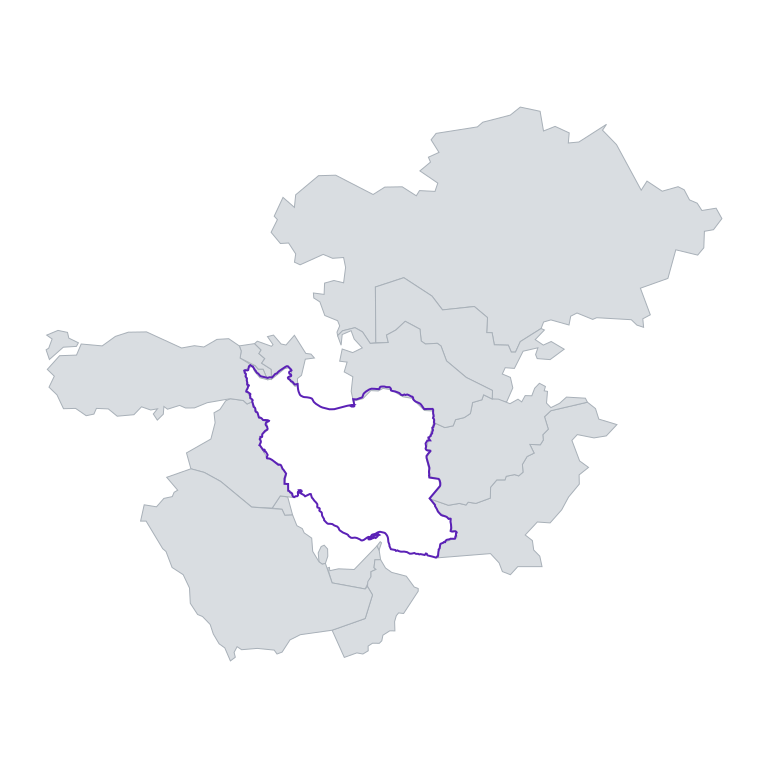 Iran highlighted, Mercator projection
{"feature_id": "IRN", "entity_name": "Iran", "entity_type": "country or territory", "adm_level": 0, "iso_a3": "IRN", "parent_name": "Asia", "parent_adm1": "", "projection": "mercator", "projection_center": [53.162, 32.435], "detail": "fine", "context": "with_neighbors", "style": "outline", "palette": "violet", "viewbox_px": 768, "rotation_deg": 0, "n_neighbors": 14, "source": "natural_earth", "source_scale": "50m", "svg_char_len": 13875}
<svg xmlns="http://www.w3.org/2000/svg" viewBox="0 0 768 768"><path d="M721.9,218.6L713.5,229.7L704.4,231.3L703.8,247.8L697.7,255.1L675.8,249.8L667.9,278.4L640.4,288.2L650.3,314.8L642.8,318.8L643.6,327.3L636.9,325.1L631.3,319.7L596.7,317.7L592.7,319.4L577.0,313.0L570.7,316.2L569.0,325.0L550.9,319.9L543.6,322.0L541.1,328.5L520.3,341.6L515.5,352.1L511.3,352.1L508.3,345.2L494.3,344.8L492.1,332.7L486.7,332.6L487.5,317.6L474.3,306.5L442.5,309.9L432.0,296.1L403.8,277.7L375.4,287.0L375.8,342.7L370.2,343.4L362.5,331.9L355.0,327.7L342.5,330.8L337.6,335.7L337.0,332.1L339.7,325.9L337.6,320.7L324.8,315.5L319.9,301.9L313.8,298.0L313.4,293.0L324.1,294.4L324.6,283.1L333.9,280.5L343.6,282.8L345.6,267.4L343.6,257.5L332.6,258.3L323.2,254.4L300.1,264.8L294.5,262.2L295.7,253.9L288.6,243.0L280.4,243.5L271.1,232.3L277.4,219.6L274.2,216.2L283.0,197.4L294.4,207.4L295.7,194.8L318.5,175.7L335.7,175.2L373.1,194.5L384.8,187.1L402.2,186.8L416.3,195.8L419.5,190.6L435.0,191.4L437.8,183.1L419.9,170.9L430.5,162.1L428.4,157.2L439.0,152.4L431.1,139.8L436.1,133.4L477.4,126.9L482.8,122.2L510.3,115.1L520.3,107.1L540.1,111.3L543.5,131.0L555.1,126.4L569.2,132.9L568.3,143.0L578.9,142.0L606.5,124.3L602.5,130.2L616.5,144.6L641.2,190.2L647.0,181.1L662.2,191.2L678.1,186.7L684.2,189.8L689.5,199.9L697.2,203.2L701.9,210.5L716.1,208.2L721.9,218.6Z" fill="#d9dde1" stroke="#a8b0b8" stroke-width="1"/><path d="M375.8,342.7L375.4,287.0L403.8,277.7L432.0,296.1L442.5,309.9L474.3,306.5L487.5,317.6L486.7,332.6L492.1,332.7L494.3,344.8L508.3,345.2L511.3,352.1L515.5,352.1L520.3,341.6L541.1,328.5L544.4,330.0L535.2,339.6L543.3,345.1L551.2,341.5L564.2,349.2L550.1,359.6L537.2,358.6L535.6,354.6L537.9,347.8L523.1,351.2L514.4,368.4L505.2,367.7L502.3,374.0L510.4,377.4L512.8,387.9L506.6,402.0L492.2,399.0L492.5,390.5L466.3,377.5L446.5,360.9L441.0,346.0L437.3,343.3L425.4,344.0L421.2,341.0L420.0,329.2L405.2,321.3L395.9,330.0L386.5,335.1L388.3,342.5L375.8,342.7Z" fill="#d9dde1" stroke="#a8b0b8" stroke-width="1"/><path d="M327.5,568.0L329.4,567.4L329.8,570.7L338.5,568.8L354.2,569.5L377.0,545.9L379.1,550.1L380.6,559.7L374.9,559.8L374.0,567.7L376.0,569.4L371.0,571.7L371.0,576.7L365.2,589.0L332.1,582.9L327.5,568.0Z" fill="#d9dde1" stroke="#a8b0b8" stroke-width="1"/><path d="M319.0,561.8L318.2,552.9L321.2,546.5L324.2,545.2L327.6,549.0L327.8,556.2L325.4,563.4L322.3,564.2L319.0,561.8Z" fill="#d9dde1" stroke="#a8b0b8" stroke-width="1"/><path d="M287.7,497.0L292.6,515.0L284.8,515.3L282.0,509.3L272.2,508.1L280.3,495.9L287.7,497.0Z" fill="#d9dde1" stroke="#a8b0b8" stroke-width="1"/><path d="M190.9,468.8L186.5,452.9L210.9,439.0L215.1,422.8L214.0,412.8L220.0,409.4L225.7,400.8L230.4,398.7L243.3,400.5L247.1,404.0L252.4,401.6L259.6,418.0L266.8,422.1L267.6,430.0L262.1,434.6L259.5,445.1L267.1,457.6L280.7,464.8L286.3,474.7L284.5,484.0L288.0,484.0L288.2,490.9L294.3,497.6L280.3,495.9L272.2,508.1L251.7,507.1L220.6,481.4L204.2,472.4L190.9,468.8Z" fill="#d9dde1" stroke="#a8b0b8" stroke-width="1"/><path d="M367.5,586.5L367.8,581.6L371.0,576.7L371.0,571.7L376.0,569.4L374.0,567.7L374.9,559.8L380.6,559.7L385.5,568.0L391.7,572.4L406.3,576.2L414.2,587.0L418.2,588.5L418.2,591.2L403.6,613.5L398.6,612.9L396.3,615.7L394.6,621.6L394.9,630.9L389.8,630.8L382.9,635.2L381.8,640.8L379.3,643.3L372.5,643.2L368.1,646.1L368.2,650.8L362.9,654.0L356.8,652.9L344.3,657.4L332.1,630.2L365.2,618.5L372.5,594.9L367.5,586.5ZM379.1,550.1L377.0,545.9L380.2,541.7L381.5,542.8L379.1,550.1Z" fill="#d9dde1" stroke="#a8b0b8" stroke-width="1"/><path d="M616.9,424.6L606.3,435.9L594.0,437.9L577.3,434.6L571.9,440.4L579.6,460.9L588.5,467.4L579.1,474.9L579.3,484.1L568.6,497.0L561.7,509.8L550.1,522.9L537.3,522.0L525.2,535.0L532.4,540.6L533.7,550.0L539.8,556.2L542.0,566.6L517.8,566.6L510.4,574.7L502.4,571.6L499.1,562.9L490.5,553.6L436.8,557.9L441.0,543.7L456.9,537.3L455.9,531.6L450.7,529.6L450.4,518.6L439.8,513.1L429.9,498.8L448.4,505.3L459.4,503.4L466.0,505.0L468.2,502.2L475.9,503.4L490.3,498.1L490.6,487.2L496.8,479.9L505.0,479.9L506.2,476.3L514.6,474.6L518.7,475.9L523.0,472.2L522.4,464.4L527.1,456.5L534.1,453.1L529.8,444.4L540.3,444.8L543.3,440.0L542.8,434.8L548.3,429.2L544.5,416.7L550.9,410.7L587.4,402.2L595.5,408.6L598.8,419.1L616.9,424.6Z" fill="#d9dde1" stroke="#a8b0b8" stroke-width="1"/><path d="M492.2,399.0L498.3,399.1L510.0,403.7L518.0,399.2L521.7,401.9L525.2,395.6L531.8,395.8L534.7,388.2L539.4,383.3L545.4,386.5L544.2,390.8L547.5,391.4L546.5,403.1L550.9,407.6L559.6,403.3L566.5,397.1L585.4,398.2L587.4,402.2L550.9,410.7L544.5,416.7L548.3,429.2L542.8,434.8L543.3,440.0L540.3,444.8L529.8,444.4L534.1,453.1L527.1,456.5L522.4,464.4L523.0,472.2L518.7,475.9L514.6,474.6L506.2,476.3L505.0,479.9L496.8,479.9L490.6,487.2L490.3,498.1L475.9,503.4L468.2,502.2L466.0,505.0L459.4,503.4L448.4,505.3L429.9,498.8L439.9,487.2L439.0,479.0L430.7,476.8L426.2,458.1L430.9,450.9L426.1,448.9L433.6,422.5L444.9,427.6L453.2,425.8L455.5,419.7L464.2,417.6L470.4,413.5L472.6,402.5L481.9,399.8L483.6,394.8L492.2,399.0Z" fill="#d9dde1" stroke="#a8b0b8" stroke-width="1"/><path d="M337.6,335.7L342.5,330.8L355.0,327.7L362.5,331.9L370.2,343.4L388.3,342.5L386.5,335.1L395.9,330.0L405.2,321.3L420.0,329.2L421.2,341.0L425.4,344.0L437.3,343.3L441.0,346.0L446.5,360.9L466.3,377.5L492.5,390.5L492.2,399.0L483.6,394.8L481.9,399.8L472.6,402.5L470.4,413.5L464.2,417.6L455.5,419.7L453.2,425.8L444.9,427.6L433.6,422.5L432.7,411.0L424.5,410.5L411.9,398.3L403.0,396.8L390.9,389.7L383.0,388.4L378.2,391.0L370.8,390.6L363.0,398.6L353.3,401.2L351.2,391.4L352.8,376.7L344.2,371.9L347.1,362.1L339.7,361.2L342.2,349.0L352.6,352.6L362.3,347.9L354.2,339.1L351.1,330.7L342.2,334.5L341.1,345.2L337.6,335.7Z" fill="#d9dde1" stroke="#a8b0b8" stroke-width="1"/><path d="M271.5,379.3L267.5,379.7L263.1,369.3L258.2,369.3L254.9,365.5L240.1,358.1L241.2,351.0L239.3,345.9L254.6,343.6L261.1,350.0L258.9,353.6L264.8,358.6L261.6,363.2L271.3,369.4L271.5,379.3Z" fill="#d9dde1" stroke="#a8b0b8" stroke-width="1"/><path d="M252.4,401.6L247.1,404.0L243.3,400.5L230.4,398.7L207.2,402.7L194.5,407.9L185.5,408.0L179.6,405.4L167.5,409.2L163.9,406.5L163.3,414.2L157.3,420.1L153.3,414.0L157.5,408.8L150.7,410.0L141.5,406.8L133.9,414.7L117.2,416.2L108.3,408.9L96.4,408.4L93.9,414.1L86.2,415.7L75.6,408.4L63.5,408.7L57.0,394.9L49.0,387.2L54.3,376.2L47.3,369.4L59.6,355.7L76.5,355.1L81.2,344.0L102.2,345.9L115.4,336.4L128.3,332.2L146.5,331.9L181.6,348.0L194.4,345.7L203.9,347.0L216.9,339.4L228.7,338.7L239.3,345.9L241.2,351.0L240.1,358.1L252.6,365.8L245.1,369.9L248.5,386.2L246.4,390.5L252.4,401.6ZM46.7,335.1L58.0,330.4L67.5,332.4L68.8,338.1L78.4,342.8L76.4,346.4L63.3,347.2L49.4,359.5L46.1,349.8L48.7,348.2L52.1,339.0L46.7,335.1Z" fill="#d9dde1" stroke="#a8b0b8" stroke-width="1"/><path d="M267.5,336.6L273.5,335.1L281.1,344.0L286.0,345.0L294.4,335.3L305.8,353.4L311.0,354.1L314.4,358.0L305.3,359.2L301.5,375.3L297.4,378.6L297.7,385.6L295.0,386.3L288.1,378.9L291.9,371.9L288.7,367.7L284.5,368.8L271.5,379.3L271.3,369.4L261.6,363.2L264.8,358.6L258.9,353.6L261.1,350.0L254.6,343.6L257.3,341.2L271.5,346.3L273.0,344.6L267.5,336.6ZM267.5,379.7L260.0,377.8L254.4,371.2L252.6,365.8L254.9,365.5L258.2,369.3L263.1,369.3L267.5,379.7Z" fill="#d9dde1" stroke="#a8b0b8" stroke-width="1"/><path d="M144.2,504.8L156.5,506.8L163.9,498.4L172.3,496.6L174.1,492.3L177.7,490.2L166.7,477.3L190.9,468.8L204.2,472.4L220.6,481.4L251.7,507.1L282.0,509.3L284.8,515.3L292.6,515.0L296.9,525.7L302.3,528.6L304.2,532.9L311.7,538.1L312.7,551.4L319.0,561.8L322.3,564.2L325.4,563.4L332.1,582.9L365.2,589.0L367.5,586.5L372.5,594.9L365.2,618.5L332.1,630.2L300.3,634.7L290.0,639.9L282.1,652.1L277.0,654.0L274.2,650.1L257.3,648.4L241.6,649.7L237.1,646.7L234.1,652.4L235.3,657.2L230.4,660.9L224.8,647.9L219.1,643.8L213.3,634.0L210.2,624.5L202.5,616.5L197.6,614.5L190.3,603.3L189.5,588.0L183.2,574.7L172.1,567.5L166.0,551.5L162.7,548.7L146.1,521.1L140.6,521.1L144.2,504.8Z" fill="#d9dde1" stroke="#a8b0b8" stroke-width="1"/><path d="M353.2,399.2L356.3,399.4L357.4,399.1L360.5,397.9L361.2,397.8L361.9,397.5L362.4,397.0L363.5,394.0L364.1,393.2L366.0,391.5L369.4,389.4L371.5,388.7L374.4,388.8L376.7,389.0L378.7,389.1L379.2,389.0L379.5,388.8L379.8,387.4L380.2,387.0L381.0,386.6L383.6,386.5L384.7,386.6L386.2,387.1L389.3,387.1L390.1,387.6L390.6,388.3L390.9,388.8L390.9,390.2L391.1,390.5L391.9,390.8L393.0,391.1L395.0,391.4L398.0,392.5L399.4,393.1L401.1,394.8L402.5,395.2L403.0,395.1L404.3,394.5L405.4,395.0L407.2,394.5L408.6,395.0L411.9,396.8L412.3,396.7L412.6,396.9L413.1,397.8L413.3,399.4L414.3,400.5L415.5,401.5L419.7,403.4L421.0,404.5L424.1,409.0L432.6,408.9L433.2,409.9L433.1,411.8L433.2,413.8L433.6,415.1L433.7,416.4L433.3,417.0L433.0,418.0L433.6,418.5L434.1,419.5L434.2,421.0L433.9,421.7L433.9,422.3L434.2,422.9L434.4,423.8L434.4,424.3L434.0,424.9L433.5,426.4L433.4,427.0L432.4,427.6L432.5,428.4L433.0,430.0L432.1,432.3L432.2,433.2L430.8,435.1L430.8,435.9L429.1,437.2L428.4,437.4L428.3,437.7L428.4,438.1L428.7,438.3L430.1,440.4L427.4,440.5L425.6,443.4L426.1,446.7L425.6,448.5L425.9,449.4L426.6,450.1L427.5,450.5L429.2,450.5L430.3,450.7L430.4,451.2L428.2,453.6L426.5,456.0L426.5,457.1L426.6,457.9L429.4,467.7L429.4,468.7L429.0,471.1L429.0,472.5L429.2,474.4L429.0,475.3L429.3,477.5L429.7,477.6L438.6,478.9L439.6,480.2L440.3,482.9L440.3,485.0L440.0,486.0L429.6,498.4L434.8,504.6L435.1,505.1L435.0,506.0L436.9,509.2L437.6,510.9L438.2,511.9L441.1,515.0L442.7,515.7L443.8,515.9L446.2,516.7L447.1,517.3L448.6,518.9L450.2,518.7L450.6,518.7L450.7,518.8L450.7,519.3L450.5,521.8L451.0,524.4L451.3,528.1L450.8,529.9L450.6,531.0L451.3,531.4L452.4,531.6L455.2,531.2L456.2,531.7L456.7,532.4L456.7,532.7L456.0,533.3L455.9,534.3L456.1,535.8L456.0,536.0L455.4,536.3L455.2,538.4L455.1,538.6L454.4,538.8L451.0,538.7L450.6,538.7L449.4,539.3L447.2,539.7L446.6,539.9L445.8,540.6L445.2,541.4L445.1,542.1L443.7,542.1L443.3,542.7L440.6,543.8L440.2,544.6L439.6,548.5L438.7,549.4L438.6,549.7L438.7,550.4L438.4,551.7L438.1,555.3L437.8,556.4L437.2,556.4L436.7,557.0L435.9,557.6L432.5,556.6L427.6,555.4L427.1,554.8L426.8,553.8L425.9,553.5L424.7,555.0L420.6,554.1L419.2,554.4L418.3,553.9L416.1,553.9L414.3,553.0L411.8,553.6L409.8,553.7L407.0,552.1L404.1,551.6L401.7,551.7L400.5,551.6L398.5,551.0L397.5,550.4L396.0,550.9L395.3,550.0L390.9,549.2L389.5,546.2L389.4,544.7L388.4,542.0L388.0,538.2L387.6,536.8L387.0,535.5L386.2,534.4L385.2,533.2L384.2,532.7L380.1,531.8L379.3,531.9L377.5,532.5L375.5,533.8L372.3,534.6L371.7,535.1L370.9,536.4L369.8,537.1L368.4,536.9L366.9,537.7L364.0,539.8L362.5,540.4L361.3,540.4L359.9,539.4L356.9,538.0L354.9,537.6L352.2,537.9L350.9,537.7L348.7,536.1L348.1,535.0L346.9,534.2L342.9,532.5L339.7,530.3L339.1,529.4L338.7,528.2L337.3,526.6L334.2,525.4L332.4,524.1L330.3,523.8L328.4,523.8L327.6,523.6L326.8,523.0L324.1,520.2L324.1,519.1L322.5,516.4L322.1,515.5L321.8,512.8L321.3,512.1L319.6,511.0L319.3,510.2L319.7,509.3L319.7,508.5L318.8,507.8L317.5,507.5L317.2,506.6L317.4,505.0L317.2,504.0L316.0,502.4L314.3,500.7L312.6,498.3L311.9,497.7L310.8,494.1L309.9,494.0L305.1,496.3L303.8,495.0L299.6,492.7L299.0,491.9L299.6,491.6L300.1,491.5L301.1,491.9L301.7,491.4L301.5,490.6L300.5,490.1L299.0,490.2L299.4,490.9L298.1,491.6L297.8,492.5L298.1,495.1L297.6,495.9L297.2,496.2L295.4,496.3L294.6,497.0L294.0,497.1L292.8,496.2L292.4,495.3L292.3,494.6L292.4,494.3L292.2,493.7L291.6,493.0L291.1,492.6L290.5,492.6L290.0,492.1L289.6,491.3L288.7,490.8L288.2,490.7L288.1,484.0L284.5,483.8L284.5,478.7L286.1,473.6L283.5,469.8L282.6,469.0L281.1,465.4L280.6,465.0L280.1,464.7L278.3,464.8L272.2,460.0L270.1,458.8L269.2,458.5L267.2,458.4L267.0,458.2L266.8,457.5L266.8,456.7L267.5,455.6L267.6,454.8L266.2,452.4L265.7,451.7L264.5,451.4L264.8,450.7L264.8,450.2L264.6,449.8L264.3,449.6L264.0,449.6L263.1,449.9L260.1,445.6L259.4,445.2L260.7,442.6L260.9,441.8L260.7,440.8L259.7,439.1L260.4,437.5L260.4,436.9L261.9,437.0L262.2,436.5L262.2,434.6L262.4,434.0L265.1,430.9L267.4,429.5L267.6,428.6L267.2,427.4L267.2,426.9L266.1,425.5L265.7,424.8L265.6,424.2L265.9,423.0L266.4,422.2L267.9,421.6L268.8,421.2L269.0,420.8L267.8,420.2L265.3,420.0L263.5,420.1L262.9,419.9L262.0,418.7L261.1,418.0L260.3,417.6L259.4,417.7L258.9,417.5L257.6,412.9L257.2,412.3L256.2,412.1L255.5,411.3L255.3,410.5L255.3,408.7L255.1,408.2L254.7,407.6L253.6,406.8L252.7,403.1L252.3,402.1L252.3,401.0L252.7,400.3L252.6,400.0L251.8,399.1L250.2,398.0L250.3,396.2L249.9,394.9L250.4,394.1L250.1,393.7L248.3,392.5L247.6,391.9L246.4,391.8L246.2,391.4L246.4,390.6L246.8,389.6L247.5,388.6L247.7,388.0L248.1,386.5L248.9,385.6L248.9,385.4L248.6,385.1L247.4,384.8L247.2,384.7L247.1,384.2L247.2,382.3L246.7,380.3L246.9,378.3L246.5,378.0L245.8,376.9L245.5,376.1L245.8,375.2L245.9,374.0L244.8,372.9L244.5,371.6L244.2,370.6L244.4,370.4L245.3,370.2L247.6,370.4L248.2,370.0L248.9,366.5L249.6,365.6L250.4,365.1L252.5,366.7L252.9,366.7L254.9,370.0L255.7,370.9L256.2,371.6L256.5,372.4L257.0,372.9L257.7,373.2L258.6,374.0L260.2,375.9L261.3,376.4L267.8,377.9L269.4,377.3L272.1,377.4L275.3,373.9L276.8,373.5L277.7,372.4L279.0,371.2L280.7,370.0L285.5,366.8L286.8,366.2L287.9,366.3L291.1,369.6L291.5,370.3L290.8,371.0L289.5,371.6L289.2,372.0L289.1,372.6L289.2,373.1L289.4,373.6L291.0,374.6L291.2,375.2L291.2,375.7L291.0,376.1L290.7,376.3L288.5,376.9L287.9,377.7L288.0,378.1L288.2,378.6L290.2,379.9L290.9,381.1L291.4,381.5L292.2,381.6L292.6,381.9L294.5,384.3L295.0,384.5L297.6,384.0L297.9,388.1L298.2,389.9L298.6,391.6L299.9,394.7L300.9,395.7L303.1,396.8L304.2,397.1L307.0,397.3L309.8,397.8L311.5,398.4L312.0,398.7L312.4,399.3L313.8,401.9L315.9,403.8L320.3,406.6L322.4,407.5L329.5,409.3L334.2,409.2L347.2,405.8L351.6,405.0L353.2,405.0L352.2,405.6L350.6,406.0L351.6,406.5L353.8,406.5L354.3,406.1L354.4,405.4L353.2,399.2ZM378.3,535.3L377.2,536.7L375.7,538.0L375.0,537.6L374.5,537.6L373.4,538.1L372.6,538.2L371.2,539.0L369.8,539.4L368.6,539.3L368.4,538.7L369.0,538.6L371.0,537.9L373.6,536.6L373.8,536.1L373.4,535.1L373.5,534.9L375.2,535.4L377.0,534.5L378.5,534.3L379.3,534.9L378.3,535.3Z" fill="none" stroke="#5b21b6" stroke-width="2"/></svg>